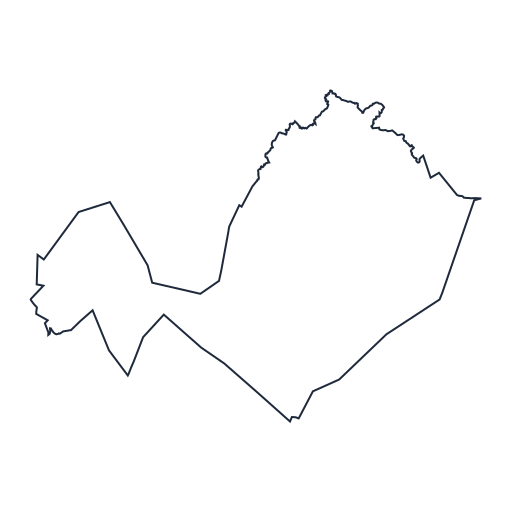 the district of San Francisco del Oro, Chihuahua, Mexico
{"feature_id": "50627088B76739028658170", "entity_name": "San Francisco del Oro", "entity_type": "district", "adm_level": 2, "iso_a3": "MEX", "parent_name": "Mexico", "parent_adm1": "Chihuahua", "projection": "orthographic", "projection_center": [-105.915, 26.89], "detail": "fine", "context": "isolated", "style": "outline", "palette": "slate", "viewbox_px": 512, "rotation_deg": 0, "n_neighbors": 0, "source": "geoboundaries", "source_scale": "gbopen_adm2", "svg_char_len": 5940}
<svg xmlns="http://www.w3.org/2000/svg" viewBox="0 0 512 512"><path d="M294.9,121.3L294.4,122.7L293.4,123.0L293.2,123.1L292.8,123.8L292.8,124.2L292.6,124.3L291.1,123.6L290.3,123.6L290.1,123.8L289.8,124.1L289.7,124.3L289.7,124.6L289.9,125.7L289.8,127.2L289.5,127.6L289.3,128.2L288.8,128.7L288.7,128.9L288.7,129.1L288.6,129.9L288.5,130.0L288.2,130.1L287.4,130.0L286.7,130.0L286.2,129.8L285.8,129.8L285.7,130.3L286.0,130.8L286.3,131.1L286.4,131.3L286.7,132.0L286.7,132.5L286.4,133.1L286.0,133.5L286.3,134.0L286.2,134.5L285.5,134.5L283.7,133.6L281.9,133.3L281.8,133.1L281.0,132.8L280.8,132.6L280.6,132.6L279.2,132.6L278.6,133.0L275.0,140.3L273.3,140.7L273.0,140.9L272.5,141.7L272.3,142.0L272.1,142.4L272.0,142.9L271.8,143.5L271.8,145.4L272.0,145.8L272.5,146.8L272.7,147.0L272.9,147.3L272.7,147.6L272.2,147.8L271.2,148.0L270.6,148.8L270.6,149.2L270.3,150.1L269.5,150.9L269.0,151.5L267.6,152.6L267.7,153.0L266.9,153.7L266.0,153.5L265.5,154.2L265.4,154.6L265.4,154.9L265.4,156.6L265.5,156.9L266.6,157.7L267.1,157.6L268.6,161.7L269.1,162.5L267.4,162.7L266.8,163.2L266.3,163.2L265.6,163.4L264.9,164.8L264.7,165.0L264.5,164.8L264.1,164.6L263.7,165.8L263.3,166.7L262.6,167.2L261.9,166.8L261.8,167.0L261.5,167.0L261.2,166.5L260.9,166.8L260.5,168.6L260.6,168.9L260.3,169.1L259.7,169.0L259.2,169.3L258.5,169.8L258.1,170.6L258.1,171.4L258.5,172.9L258.4,173.6L258.2,174.3L258.3,174.6L258.5,174.9L258.5,175.2L258.4,175.5L258.6,176.5L258.9,177.8L258.5,179.4L258.1,179.5L257.7,179.4L257.5,179.5L257.2,180.7L257.0,181.0L256.6,181.2L252.4,186.4L241.6,206.7L239.3,205.2L229.2,226.6L228.1,233.2L221.3,270.3L219.0,280.9L200.3,293.8L152.2,282.7L147.6,265.3L123.7,224.8L109.9,202.1L78.6,212.0L43.8,259.5L37.6,254.9L36.7,284.4L43.4,285.7L31.0,298.8L30.7,299.7L31.9,301.5L33.5,303.6L35.1,305.5L36.5,306.8L36.9,307.7L36.3,311.4L36.2,313.9L47.7,320.3L44.9,323.2L48.0,331.5L48.4,332.0L48.3,334.9L49.6,333.9L50.1,332.3L50.3,330.3L50.0,328.9L50.0,328.3L51.0,328.5L51.3,329.4L53.8,332.8L54.9,333.6L56.3,334.3L58.3,333.8L58.8,333.4L59.8,333.7L63.2,331.4L71.0,330.1L80.4,321.0L92.6,310.3L109.0,350.4L127.8,375.5L128.5,374.1L131.2,367.3L133.6,361.8L143.1,337.2L163.8,314.6L201.2,347.6L224.3,363.5L257.2,392.3L290.0,421.5L291.9,417.0L294.9,417.2L296.1,417.4L297.3,417.9L298.7,418.4L312.9,391.3L339.2,379.5L386.4,334.3L439.6,299.5L442.2,293.0L474.2,200.3L481.3,198.4L475.0,198.1L470.8,198.3L469.0,198.0L467.9,198.0L465.8,197.9L464.6,197.7L463.9,197.7L462.8,196.5L462.1,196.1L459.7,195.8L459.2,195.9L456.9,194.9L439.0,172.8L430.6,177.7L426.7,166.0L423.2,155.6L421.5,157.0L420.3,158.1L419.6,159.0L419.5,159.4L419.5,159.8L419.7,161.3L419.6,161.6L419.4,161.9L418.8,162.5L418.0,162.6L417.3,162.1L416.8,161.6L416.6,161.3L416.2,160.5L416.2,160.1L416.3,159.6L416.7,159.1L416.5,158.5L416.3,158.3L416.1,158.2L414.5,157.8L414.1,157.6L413.1,156.1L412.2,155.1L411.8,154.6L411.7,154.3L411.7,154.0L412.0,153.6L412.1,153.2L412.0,152.9L411.3,152.1L410.9,151.2L410.9,150.8L411.1,150.4L411.8,149.5L412.7,148.7L413.5,148.3L413.8,147.7L413.7,147.6L413.4,147.2L413.0,147.0L412.5,146.4L412.2,146.3L412.0,146.1L411.7,145.2L411.3,145.3L411.0,145.9L410.7,146.3L410.2,146.4L409.9,146.2L409.6,146.0L409.0,144.9L408.2,144.1L408.1,143.8L407.8,143.5L407.2,143.2L406.6,142.8L406.3,142.5L406.0,141.5L405.8,141.2L404.5,141.0L404.3,140.9L403.8,140.0L403.3,138.8L403.2,138.4L403.3,138.2L403.8,137.6L404.1,135.8L403.9,135.4L403.1,134.7L402.7,134.5L401.7,134.3L401.2,134.5L398.4,135.1L397.9,135.1L397.3,134.9L396.7,134.5L396.3,134.0L395.6,133.2L392.2,130.4L390.4,130.9L387.9,131.2L385.7,130.1L385.3,130.0L383.6,130.3L382.2,130.2L381.0,130.0L379.4,129.4L379.1,127.7L372.7,128.3L372.2,127.7L372.0,126.9L371.4,126.5L371.4,126.2L372.4,125.8L372.9,124.2L373.5,123.7L373.8,123.2L373.6,122.8L373.2,122.5L373.1,122.2L373.4,121.2L373.6,119.6L375.1,119.0L375.7,119.2L376.3,118.4L376.0,117.4L376.2,116.6L376.7,116.5L377.3,116.7L377.8,116.5L379.0,116.6L379.5,116.3L379.6,115.0L379.5,112.6L380.2,113.3L381.0,113.1L381.6,112.4L381.8,110.9L381.8,109.9L382.7,109.7L383.2,108.4L383.8,107.9L384.1,107.3L382.3,104.9L380.7,103.7L379.2,103.6L377.8,102.7L376.2,102.5L375.0,103.0L374.1,103.7L373.3,103.6L372.8,103.8L372.7,104.6L371.8,105.5L370.9,105.6L370.2,105.8L369.0,107.3L368.2,107.9L366.1,108.4L365.1,109.3L364.3,110.2L363.8,111.2L363.4,112.4L363.0,112.9L362.4,112.9L362.2,112.3L361.8,111.4L360.5,110.4L357.6,107.5L357.7,106.4L358.0,105.3L357.5,104.4L357.7,103.6L356.2,103.0L355.0,103.7L354.1,102.8L353.4,102.9L351.9,102.3L351.5,101.9L350.2,101.4L349.4,101.5L348.8,101.7L347.8,101.8L346.5,101.0L345.4,100.8L342.9,100.0L341.7,99.9L340.6,98.5L339.4,97.4L336.3,96.6L335.9,95.9L335.9,94.7L335.3,93.8L334.4,93.9L333.9,93.3L332.5,93.4L332.4,92.5L332.0,91.6L331.9,91.0L330.4,90.5L330.1,90.6L330.2,91.1L330.2,91.7L329.8,92.1L329.5,92.6L328.8,92.9L328.7,93.0L328.9,93.8L328.1,93.9L327.7,94.5L327.6,95.3L327.0,95.3L326.8,95.3L326.6,94.9L326.3,94.8L326.2,94.9L325.7,95.2L325.9,95.6L326.0,95.9L326.2,96.1L326.2,96.4L325.5,96.7L325.0,97.3L324.8,97.7L324.9,98.0L325.5,98.7L326.0,99.2L325.5,99.5L325.4,99.9L325.8,100.8L325.9,101.3L326.4,101.5L327.8,101.2L328.1,101.5L327.8,102.5L327.2,103.8L327.2,104.1L327.4,104.2L328.0,104.4L328.3,104.6L328.2,105.4L327.8,106.4L327.1,108.1L326.6,108.6L325.1,109.2L324.4,110.2L323.1,111.3L321.9,111.7L321.7,112.1L319.9,115.4L319.0,115.5L318.3,116.4L317.7,117.1L317.2,117.3L316.2,117.2L315.9,117.2L315.7,117.4L315.4,119.4L314.5,119.6L314.0,120.8L314.2,121.4L314.7,121.7L315.2,122.6L315.5,124.1L314.4,123.4L313.9,123.4L313.3,123.6L312.9,123.8L312.7,124.3L312.9,125.0L312.5,125.3L312.2,125.3L311.9,125.1L311.5,124.8L311.3,124.8L311.0,124.8L309.4,125.7L308.0,127.0L306.7,128.5L306.4,128.5L305.3,127.8L304.8,128.0L304.2,128.4L303.6,128.1L303.1,127.6L302.8,127.6L302.3,128.0L301.9,128.6L301.5,128.5L301.3,128.3L301.3,127.7L301.0,127.5L300.7,127.6L300.4,127.9L300.1,128.0L299.6,127.8L299.5,126.9L299.7,126.2L299.2,125.9L298.8,125.7L298.1,124.6L296.4,122.7L294.9,121.3Z" fill="none" stroke="#1e293b" stroke-width="2"/></svg>